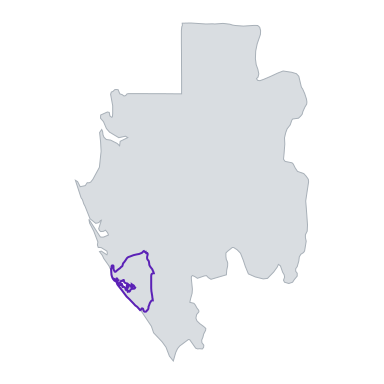 Ndougou, Ogooué-Maritime, Gabon shown in context
{"feature_id": "22940354B74005862204828", "entity_name": "Ndougou", "entity_type": "district", "adm_level": 2, "iso_a3": "GAB", "parent_name": "Gabon", "parent_adm1": "Ogooué-Maritime", "projection": "equal_earth", "projection_center": [10.09, -2.451], "detail": "fine", "context": "in_parent", "style": "outline", "palette": "violet", "viewbox_px": 384, "rotation_deg": 0, "n_neighbors": 0, "source": "geoboundaries", "source_scale": "gbopen_adm2", "svg_char_len": 6890}
<svg xmlns="http://www.w3.org/2000/svg" viewBox="0 0 384 384"><path d="M260.6,30.7L260.4,34.5L257.2,43.8L255.7,51.0L255.4,58.6L256.2,64.7L257.8,69.1L258.8,73.9L258.0,77.2L256.5,78.6L257.5,80.3L259.9,80.7L263.8,79.3L269.9,76.7L277.9,73.0L283.1,71.0L291.8,72.3L296.4,73.7L298.8,76.3L301.4,87.2L302.6,88.9L304.7,93.6L306.5,99.2L306.9,102.0L306.7,104.1L304.9,107.1L302.9,111.5L302.2,114.2L300.6,116.2L298.5,118.2L292.7,119.0L291.8,120.2L290.2,124.9L287.1,128.9L285.7,132.7L284.5,137.8L284.8,144.1L284.1,153.1L283.5,159.2L285.1,161.4L292.0,162.8L293.3,164.1L295.1,167.8L297.5,171.4L303.8,173.6L306.3,176.4L308.3,179.3L308.6,181.8L307.1,191.6L305.7,201.0L306.3,208.2L306.8,215.0L307.5,225.0L307.2,231.1L305.4,234.8L305.4,237.7L306.2,241.2L304.6,250.9L303.6,252.5L300.8,254.3L299.3,256.9L298.8,261.0L297.2,266.6L295.7,268.7L295.7,271.3L297.2,273.2L297.2,276.1L294.3,279.6L292.6,282.2L288.8,283.5L284.5,282.2L283.5,280.2L284.6,277.2L284.2,274.8L282.7,272.3L280.4,265.8L278.4,264.4L277.2,267.1L273.7,272.0L267.5,278.4L263.2,278.9L255.2,276.9L248.4,273.9L245.3,266.4L243.3,260.3L240.5,253.2L237.2,249.8L233.8,247.6L232.3,247.5L227.4,251.4L225.9,253.0L225.9,256.3L226.3,259.5L227.1,261.0L227.7,263.0L227.6,266.1L226.7,270.2L226.4,274.8L211.0,279.3L208.4,277.7L206.4,275.6L204.1,276.0L197.4,278.3L195.0,276.7L192.5,275.5L191.4,276.5L191.3,278.4L192.4,289.2L192.1,293.3L190.6,298.7L189.8,302.3L193.9,303.3L195.3,305.0L196.8,307.8L198.7,310.3L198.9,311.8L196.6,314.6L195.9,318.1L196.9,320.8L199.7,323.6L203.8,326.6L205.8,328.5L205.6,330.3L203.7,334.0L202.9,337.2L201.7,340.1L201.9,342.7L203.8,345.2L203.6,347.4L202.3,349.0L199.8,348.7L197.6,348.9L195.7,348.2L189.7,339.7L188.4,339.5L179.7,346.0L177.5,348.7L175.7,352.6L173.3,361.0L169.4,356.1L166.0,347.2L162.0,341.7L153.6,332.8L151.4,326.3L141.8,311.9L128.0,297.5L118.1,285.0L116.6,282.3L118.2,282.6L127.9,288.8L129.2,288.1L130.3,286.7L126.1,283.5L122.2,280.9L118.4,279.3L114.7,279.5L112.6,276.8L111.3,272.8L110.6,269.4L108.9,265.8L103.7,258.4L102.4,255.5L99.5,251.6L101.3,251.1L106.9,254.8L107.4,253.3L106.9,251.1L101.2,247.6L98.2,247.4L97.4,244.9L97.9,242.0L93.8,231.2L89.6,223.1L88.9,219.3L100.3,236.9L101.8,237.2L103.8,237.0L108.5,235.0L107.6,232.7L105.5,230.2L103.5,231.3L100.8,231.6L99.4,230.5L98.7,228.7L101.4,220.2L100.3,220.6L99.4,222.1L97.9,222.9L95.7,223.3L90.0,218.7L85.1,206.4L83.8,203.9L82.4,199.6L81.1,197.8L75.4,180.3L77.6,181.6L80.2,186.7L85.3,185.6L87.2,182.7L89.0,182.8L90.7,182.1L92.9,179.3L99.4,167.3L101.1,151.3L100.6,141.9L99.6,132.5L101.7,129.5L102.6,131.5L103.0,134.8L104.0,137.3L106.3,139.5L110.6,140.1L117.2,143.5L119.6,145.8L120.2,141.3L127.8,137.6L125.5,136.2L118.8,137.7L109.5,132.1L106.4,128.5L103.5,121.7L100.5,118.2L100.7,115.0L107.4,112.0L109.2,112.4L109.9,115.9L111.7,117.3L112.4,116.8L112.7,113.8L112.7,105.8L110.6,94.3L111.3,92.1L113.1,91.3L114.7,89.7L115.9,89.5L118.1,89.7L119.2,92.4L119.9,93.9L122.1,94.6L124.0,96.0L125.6,95.6L127.0,93.9L128.9,93.6L135.0,93.6L140.5,93.6L151.5,93.7L162.4,93.7L173.4,93.8L181.6,93.8L181.6,87.2L181.6,77.1L181.5,65.1L181.5,53.6L181.4,42.9L181.4,30.4L181.8,26.8L182.4,25.3L182.2,23.2L190.7,23.0L206.0,24.0L212.7,23.8L214.6,24.0L223.0,23.4L229.8,24.2L232.7,25.1L235.3,25.5L243.4,26.1L254.1,25.4L257.7,25.5L259.7,27.3L260.6,30.7Z" fill="#d9dde1" stroke="#a8b0b8" stroke-width="1"/><path d="M152.8,300.4L152.7,299.6L152.6,298.7L152.4,297.9L152.3,297.0L152.2,295.9L152.0,294.8L151.8,293.6L151.6,292.3L151.4,291.2L151.3,289.6L151.2,288.1L151.2,285.9L151.2,278.9L151.2,277.8L151.2,277.2L151.2,276.0L151.3,275.2L151.4,274.5L151.8,273.9L152.3,273.6L153.2,273.3L153.6,273.2L153.8,273.2L153.6,272.5L153.4,272.0L153.2,271.3L152.8,270.8L152.6,270.2L152.4,269.5L151.9,268.8L150.4,266.9L149.9,266.1L149.5,265.4L149.3,264.7L149.2,263.7L149.1,263.0L149.0,262.1L148.8,261.4L148.5,260.6L148.2,260.3L147.8,259.9L147.4,259.3L147.2,258.7L147.1,257.9L147.1,257.2L147.2,256.4L147.4,255.6L147.6,255.0L147.7,254.2L147.6,253.6L147.3,253.1L146.9,253.2L146.6,253.3L146.3,253.3L146.0,252.9L145.7,251.8L145.3,251.9L144.6,251.9L144.3,251.5L143.9,251.0L143.6,251.1L143.1,251.6L142.6,252.1L142.4,252.3L142.0,252.8L141.4,253.1L140.7,253.3L140.1,253.6L139.0,254.0L136.8,254.4L133.7,255.1L132.6,255.5L131.3,256.0L130.3,256.4L128.5,257.0L127.8,257.4L127.2,257.9L126.5,258.8L125.4,260.5L124.0,262.4L123.3,263.1L123.0,263.6L122.8,264.5L122.6,265.2L122.3,266.1L122.0,266.4L121.1,267.0L120.0,268.2L119.3,268.7L118.8,269.0L118.3,269.4L117.8,269.8L117.2,270.3L116.7,270.7L116.5,270.9L116.2,271.3L115.6,271.7L115.1,271.8L114.7,271.6L114.5,271.2L114.3,270.8L113.9,270.1L113.6,269.4L113.5,268.5L113.5,267.5L113.5,266.6L113.4,265.8L113.1,265.5L112.5,265.4L111.9,265.6L111.7,265.9L111.5,266.9L111.5,267.5L111.5,268.3L111.3,268.8L111.0,269.0L111.2,270.1L111.3,272.2L111.4,274.4L111.6,275.5L111.9,276.4L112.2,277.3L112.5,278.0L113.0,278.9L113.3,279.3L113.8,279.9L114.1,280.3L114.6,280.8L114.9,280.9L114.7,280.5L114.3,279.9L114.0,279.3L113.9,278.8L114.2,278.9L114.6,279.4L115.0,280.2L115.4,280.8L115.8,281.4L116.4,281.9L116.7,281.4L116.7,280.7L116.5,280.1L116.2,279.1L116.4,278.6L116.8,278.4L117.2,278.6L117.4,279.2L117.4,279.6L117.8,279.9L118.4,280.4L118.1,280.8L117.5,281.1L117.3,281.8L117.3,282.3L117.6,282.8L118.1,283.4L118.5,283.4L119.6,282.8L120.2,282.1L120.8,281.2L121.4,280.8L122.0,281.0L122.6,280.8L122.9,280.4L123.2,280.0L123.7,280.0L123.9,280.5L124.1,281.4L124.4,282.3L125.1,282.9L125.8,283.2L126.3,283.3L127.1,283.4L127.6,283.7L128.1,284.2L128.0,284.6L127.6,284.8L127.0,285.0L126.8,285.4L126.9,286.3L127.0,287.1L127.3,287.6L127.6,287.8L127.9,287.5L128.4,286.6L128.7,286.0L129.0,285.2L129.3,285.0L130.0,285.2L130.5,285.7L130.9,286.5L131.4,287.3L131.9,287.7L132.3,287.2L132.2,286.4L131.9,285.5L131.8,284.3L132.2,284.6L133.1,285.1L133.7,285.5L134.1,286.0L134.2,286.7L134.5,287.0L135.2,287.5L134.8,288.3L134.4,288.6L133.9,288.7L133.0,288.8L132.2,288.8L131.5,289.0L131.0,289.3L130.6,289.7L130.3,290.2L130.1,290.9L129.6,291.4L129.3,291.7L129.0,291.7L128.8,291.0L128.3,291.1L127.7,291.6L127.4,290.9L127.4,290.2L127.2,289.5L126.7,289.3L126.0,289.9L125.7,289.6L125.6,289.2L125.4,288.5L125.2,287.9L124.8,287.4L124.2,287.1L123.6,286.8L123.2,286.9L122.6,287.0L122.4,286.4L122.4,285.4L122.2,284.9L121.6,285.1L121.5,284.7L121.7,284.1L121.8,283.0L121.3,283.8L120.9,284.4L120.4,285.0L119.5,285.2L118.6,285.1L118.1,284.3L117.4,283.3L116.9,283.1L117.1,283.9L117.6,284.8L119.0,286.6L121.6,289.9L124.5,293.8L126.6,296.6L129.5,299.3L130.8,300.7L133.4,303.4L135.2,305.4L137.3,306.9L140.1,310.1L140.6,309.9L141.0,309.7L141.2,309.3L141.5,308.8L141.9,308.4L142.3,308.4L142.8,308.6L143.1,308.9L143.3,309.7L143.6,310.7L143.8,311.1L144.4,311.6L144.7,311.7L145.5,311.7L146.0,311.6L146.5,311.2L146.8,310.7L147.0,310.4L147.3,310.1L147.8,309.7L148.0,309.4L148.3,308.8L148.5,307.8L148.5,306.7L148.9,305.8L149.3,304.7L149.7,303.5L150.1,302.6L150.6,301.9L151.0,301.2L151.4,300.8L152.0,300.4L152.8,300.4Z" fill="none" stroke="#5b21b6" stroke-width="2"/></svg>